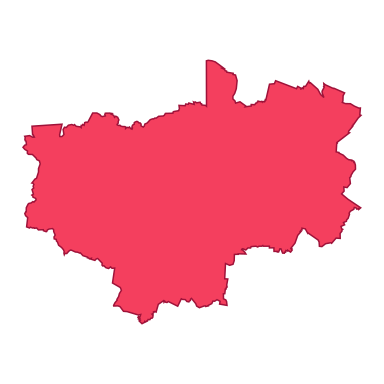 outline of Fresnillo, Zacatecas, Mexico
{"feature_id": "50627088B93834363846203", "entity_name": "Fresnillo", "entity_type": "district", "adm_level": 2, "iso_a3": "MEX", "parent_name": "Mexico", "parent_adm1": "Zacatecas", "projection": "orthographic", "projection_center": [-103.067, 23.225], "detail": "fine", "context": "isolated", "style": "filled", "palette": "rose", "viewbox_px": 384, "rotation_deg": 0, "n_neighbors": 0, "source": "geoboundaries", "source_scale": "gbopen_adm2", "svg_char_len": 5955}
<svg xmlns="http://www.w3.org/2000/svg" viewBox="0 0 384 384"><path d="M333.8,88.2L333.4,88.5L325.4,84.8L323.8,83.5L324.1,86.2L323.7,86.5L324.2,87.2L322.1,91.2L322.2,93.1L323.9,97.5L320.6,94.5L317.8,89.3L310.4,82.7L309.8,83.1L309.2,82.6L308.8,81.2L305.6,86.3L303.7,86.4L303.3,88.5L302.3,87.9L302.0,88.6L300.9,89.0L300.8,88.1L297.7,86.4L296.5,88.7L275.6,80.7L274.4,83.7L269.5,84.2L265.9,99.8L265.3,99.6L264.9,101.4L264.3,101.3L264.1,101.9L262.2,101.5L262.1,102.0L261.5,101.4L260.3,101.7L258.1,101.1L258.1,101.7L257.4,101.9L256.7,103.0L255.8,103.1L254.7,104.7L251.2,104.5L251.2,106.0L245.2,106.8L245.8,106.0L240.0,101.8L235.6,103.1L235.0,101.0L232.9,98.9L232.9,96.2L234.7,93.4L236.3,88.7L237.1,80.6L235.5,75.0L233.0,74.5L233.2,73.3L226.8,72.2L226.6,71.1L225.1,70.7L224.7,69.5L222.5,68.4L223.9,68.3L215.3,61.9L212.0,60.8L208.2,60.3L206.4,60.8L206.5,106.2L205.6,105.4L201.9,105.0L201.6,103.8L200.7,103.7L200.1,102.2L196.7,102.8L195.1,101.9L194.4,102.6L193.6,102.1L194.2,104.4L188.8,103.0L188.3,104.3L185.7,104.0L185.2,105.7L179.0,105.4L179.4,108.6L178.6,110.7L173.9,111.5L173.1,112.0L172.9,113.2L165.4,113.4L164.3,115.3L163.2,116.0L158.6,116.3L156.3,118.1L154.7,118.1L153.7,118.9L152.4,118.9L150.2,119.7L147.2,123.0L144.8,124.1L144.2,126.2L143.2,127.1L141.0,125.8L141.1,124.1L140.1,122.9L138.9,122.9L137.7,121.6L136.7,121.4L134.8,122.2L134.2,122.8L134.2,124.2L132.6,125.1L132.2,126.0L131.9,127.5L132.5,128.0L132.0,129.2L130.5,128.5L129.5,127.0L128.3,127.7L127.0,127.3L125.6,128.5L125.6,127.1L125.0,126.6L122.3,126.5L120.6,126.0L119.9,125.2L118.9,125.5L117.3,125.0L117.1,124.4L118.2,123.1L118.2,121.5L118.9,119.9L117.7,117.3L115.8,116.2L114.5,117.3L113.8,115.4L111.2,114.1L112.0,113.5L109.5,113.1L105.3,113.2L104.8,114.6L105.3,115.9L102.2,116.6L100.7,115.8L99.9,114.6L96.9,113.0L92.7,113.0L88.0,121.9L87.3,122.4L86.1,122.1L84.7,122.6L84.1,125.3L82.7,124.5L82.2,125.4L81.2,125.4L81.1,127.5L80.4,126.9L76.2,126.3L74.5,124.6L73.7,125.3L71.8,124.5L68.4,125.2L66.3,127.5L64.5,127.2L63.1,129.5L63.9,134.5L62.2,136.4L61.1,136.6L59.8,136.5L59.6,134.7L62.0,124.2L32.0,126.2L32.6,134.8L33.1,134.8L34.3,137.1L32.7,137.2L29.6,135.6L24.7,136.3L25.2,137.4L24.9,139.4L25.3,140.8L26.1,141.2L26.4,144.7L24.7,145.2L23.0,147.3L24.8,149.4L27.5,151.0L27.3,153.2L28.4,154.3L32.4,154.5L36.0,158.0L36.8,159.6L39.4,160.9L40.2,163.9L38.5,168.6L38.5,172.1L36.5,178.3L34.9,179.1L31.9,183.0L32.9,183.1L33.9,184.5L33.1,186.2L33.7,188.0L32.0,189.5L33.4,194.1L31.8,195.1L32.9,196.1L33.0,197.2L35.7,198.4L36.1,199.8L33.9,202.1L32.9,201.6L31.0,203.0L28.9,203.4L28.1,204.1L26.3,207.7L26.2,211.8L25.7,211.8L24.8,213.6L25.6,215.7L27.7,217.6L26.6,226.9L29.5,228.0L30.4,227.2L32.6,228.0L33.9,227.7L34.3,228.3L36.7,228.0L38.4,229.9L43.3,229.7L43.4,230.7L46.1,231.7L46.7,231.5L47.4,229.9L49.2,229.0L52.5,228.6L53.6,229.7L53.7,231.6L55.2,235.1L54.0,237.0L54.2,238.9L56.3,239.4L56.4,240.9L57.5,242.1L58.6,245.2L61.6,247.5L63.5,249.8L64.2,251.7L63.9,253.1L64.3,254.6L64.8,253.5L66.8,253.5L68.8,251.2L70.4,250.1L71.5,250.2L75.4,252.0L77.6,252.2L79.7,253.1L80.4,252.9L83.0,255.7L87.2,257.0L87.7,257.3L87.5,257.8L88.8,258.1L89.4,258.9L91.3,258.3L91.0,259.2L94.9,260.4L96.3,258.9L97.7,258.5L102.2,263.2L102.0,265.1L102.8,266.0L103.8,265.7L105.9,267.7L108.6,268.5L110.6,266.9L112.0,268.3L114.7,268.1L112.5,283.0L120.3,287.5L121.4,290.3L119.4,293.6L118.6,296.6L116.9,299.4L117.1,300.2L115.0,302.7L113.6,305.4L113.7,306.0L118.0,305.9L120.0,306.6L123.5,311.3L127.1,311.6L138.4,315.0L140.7,314.5L139.9,317.0L138.5,316.6L138.2,317.3L137.4,317.3L139.0,318.1L138.6,318.9L139.8,318.9L139.4,319.8L140.2,320.2L139.2,321.0L142.0,323.7L144.5,322.4L144.7,321.4L145.7,322.0L147.0,320.8L147.5,321.0L148.1,319.5L149.8,319.7L150.8,318.3L152.2,318.1L152.9,317.0L152.9,315.3L152.2,314.4L153.0,314.5L152.7,313.6L154.0,312.3L153.7,311.8L154.8,311.5L156.1,312.1L158.3,304.3L163.6,300.7L164.0,302.3L164.8,301.2L165.6,302.2L167.0,302.5L168.3,301.5L177.7,306.2L181.3,298.8L182.4,299.4L185.3,299.6L186.9,301.5L188.9,301.9L189.4,301.0L190.4,300.5L190.5,299.2L191.5,298.4L195.7,303.6L196.7,306.1L199.4,307.7L204.1,306.0L205.4,305.9L205.7,306.5L208.3,305.9L208.1,305.5L211.8,303.6L212.9,301.1L214.7,301.2L217.0,299.7L220.1,301.3L219.6,304.1L227.0,305.4L226.6,301.6L225.8,299.9L223.5,298.8L223.4,293.8L224.8,293.7L225.3,289.1L226.0,289.1L226.4,287.2L227.1,287.0L226.7,285.0L227.8,279.0L224.7,278.8L225.5,263.5L229.6,265.3L233.0,264.3L234.2,260.7L234.4,254.4L238.2,254.3L238.2,253.8L245.9,254.0L244.8,252.2L242.3,249.8L241.6,249.7L241.9,249.1L242.8,248.7L245.8,250.0L248.0,247.9L250.6,248.0L251.1,246.6L255.9,246.2L257.7,247.0L259.0,246.2L261.7,246.2L262.8,245.5L263.2,246.2L269.4,246.2L269.4,247.9L273.9,247.8L274.0,251.4L277.3,251.4L277.3,252.0L278.6,252.0L279.9,248.8L280.9,248.8L282.6,253.1L284.4,253.2L284.6,252.2L285.6,252.2L285.9,250.5L287.5,251.0L287.6,250.2L290.6,252.1L292.2,250.0L291.4,249.2L291.8,248.7L290.9,248.3L295.0,243.1L297.7,235.4L301.0,231.5L300.3,231.3L301.5,229.8L302.0,229.9L302.0,228.2L305.3,228.9L307.7,233.2L307.9,232.9L318.1,240.0L319.1,242.0L319.4,246.3L321.9,246.6L325.6,243.7L330.9,242.7L331.6,243.3L336.1,238.1L340.2,238.4L340.1,233.4L341.9,231.2L342.0,229.9L342.7,229.3L341.7,228.8L341.0,226.4L344.6,224.8L343.5,222.5L346.4,221.3L346.7,219.7L348.1,218.4L349.5,214.2L349.1,213.2L350.3,211.3L353.8,209.3L354.3,207.5L355.8,207.7L356.9,209.2L358.4,208.6L358.7,209.5L360.7,207.8L347.8,199.1L341.6,193.9L344.1,191.1L343.8,187.0L347.1,187.6L350.4,183.6L349.7,177.7L350.9,176.6L351.1,175.2L353.1,171.8L355.5,169.2L355.4,165.0L354.6,162.5L353.9,162.5L354.0,161.4L353.0,160.8L351.7,160.7L351.8,160.1L348.7,159.7L346.6,158.4L343.2,155.1L339.0,153.1L339.0,152.5L336.2,151.9L336.7,143.8L337.3,143.2L336.9,142.5L349.5,132.8L348.5,132.5L348.7,131.1L352.3,126.8L352.3,126.0L352.9,126.0L353.3,124.4L353.7,124.4L358.2,118.0L361.0,115.3L359.8,114.8L360.4,108.0L358.9,108.1L354.5,106.2L350.4,103.7L345.3,103.6L342.3,102.4L342.9,101.0L343.1,95.7L344.6,92.9L333.8,88.2Z" fill="#f43f5e" stroke="#9f1239" stroke-width="1.5"/></svg>